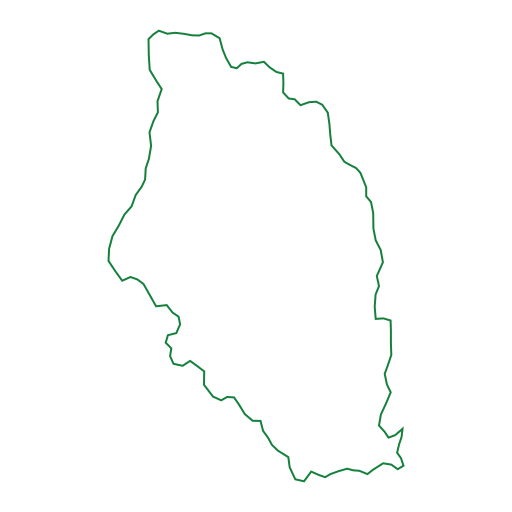 Divino de São Lourenço, Espírito Santo, Brazil (Equal Earth projection)
{"feature_id": "56859067B39988087600480", "entity_name": "Divino de São Lourenço", "entity_type": "district", "adm_level": 2, "iso_a3": "BRA", "parent_name": "Brazil", "parent_adm1": "Espírito Santo", "projection": "equal_earth", "projection_center": [-41.721, -20.586], "detail": "fine", "context": "isolated", "style": "outline", "palette": "green", "viewbox_px": 512, "rotation_deg": 0, "n_neighbors": 0, "source": "geoboundaries", "source_scale": "gbopen_adm2", "svg_char_len": 1849}
<svg xmlns="http://www.w3.org/2000/svg" viewBox="0 0 512 512"><path d="M390.7,392.3L386.9,384.4L384.7,373.8L387.3,366.8L391.3,355.0L390.9,342.7L390.9,330.1L390.6,320.5L383.4,318.4L375.7,318.9L374.7,306.7L375.6,294.5L379.0,286.1L376.8,276.0L382.9,262.3L380.7,250.0L375.7,240.3L373.4,228.5L373.2,213.0L371.0,202.0L366.2,196.3L366.2,187.3L363.2,179.8L360.4,172.8L356.0,168.0L350.2,165.1L344.4,161.8L339.4,154.3L331.5,145.4L330.3,135.0L329.4,124.0L327.8,112.7L322.2,104.7L316.2,101.7L309.0,102.2L300.5,105.2L294.7,99.3L288.7,98.5L283.1,92.4L283.4,82.8L283.1,73.6L276.5,72.0L269.7,67.4L263.9,61.8L255.5,63.4L247.4,62.3L241.5,63.9L236.8,68.2L231.1,66.9L226.1,58.0L222.7,49.7L219.6,38.2L211.4,33.3L205.5,33.3L199.2,35.5L192.0,35.3L183.8,33.8L175.2,32.8L167.3,33.7L158.8,30.7L153.2,34.5L148.5,39.2L148.8,55.3L149.7,69.8L156.3,80.8L161.7,89.1L157.5,101.2L157.9,112.4L153.5,121.0L149.5,132.3L151.1,145.8L148.9,158.8L145.7,168.5L145.1,179.5L141.7,186.7L135.7,195.0L131.6,206.3L124.4,214.6L118.8,225.6L112.5,236.1L109.1,248.8L108.5,260.9L115.1,270.9L122.2,280.7L130.5,277.0L137.3,279.4L143.5,284.0L149.9,295.3L156.1,306.3L166.7,305.1L172.6,312.6L178.6,316.7L180.1,324.4L176.3,333.1L167.9,335.2L165.7,342.7L171.3,348.3L170.1,356.2L173.5,363.8L182.6,365.8L190.1,360.9L198.2,366.8L204.2,371.4L204.0,384.8L213.0,396.6L221.2,400.3L227.1,397.0L234.0,397.4L238.7,404.1L244.8,414.1L252.7,420.8L260.5,420.9L263.1,430.9L268.1,437.8L271.9,444.8L278.0,450.7L288.3,457.1L289.7,467.4L295.3,479.3L304.0,481.3L311.2,471.6L318.7,474.9L325.2,477.2L330.4,474.1L338.8,471.1L347.2,468.7L353.1,470.3L359.4,470.8L367.4,474.1L373.1,469.7L383.1,463.3L391.3,464.6L397.7,469.2L403.5,465.7L401.0,458.2L397.1,452.7L399.1,444.3L401.6,436.8L402.5,428.8L395.1,435.2L388.5,437.6L384.7,431.9L379.0,425.5L380.9,414.5L386.5,402.4L390.7,392.3Z" fill="none" stroke="#15803d" stroke-width="2"/></svg>